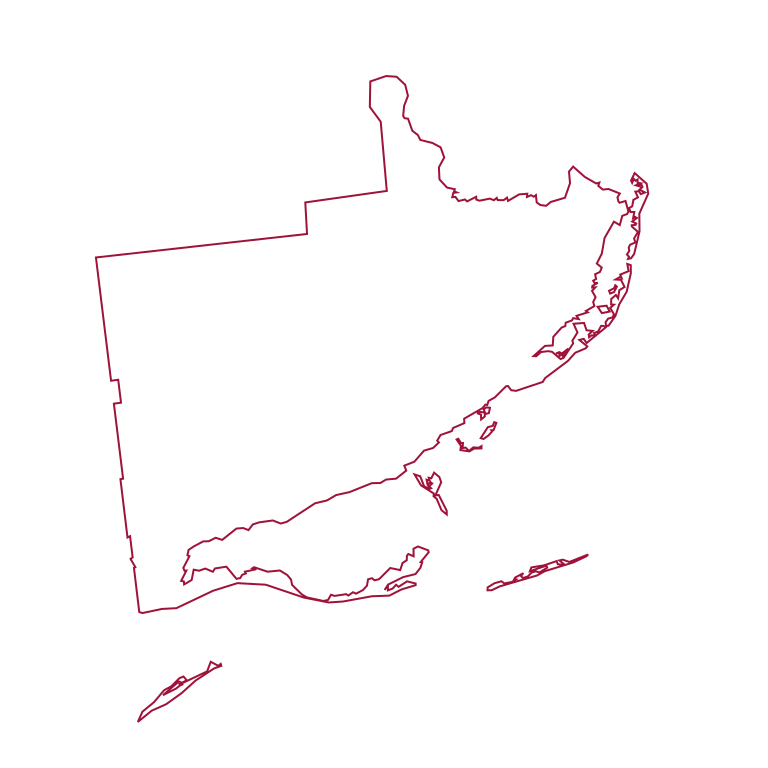 the district of Isla Mujeres, Quintana Roo, Mexico, rotated 83°
{"feature_id": "50627088B16692163202625", "entity_name": "Isla Mujeres", "entity_type": "district", "adm_level": 2, "iso_a3": "MEX", "parent_name": "Mexico", "parent_adm1": "Quintana Roo", "projection": "natural_earth1", "projection_center": [-86.89, 21.403], "detail": "fine", "context": "isolated", "style": "outline", "palette": "rose", "viewbox_px": 768, "rotation_deg": 83, "n_neighbors": 0, "source": "geoboundaries", "source_scale": "gbopen_adm2", "svg_char_len": 6170}
<svg xmlns="http://www.w3.org/2000/svg" viewBox="0 0 768 768"><g transform="rotate(83 384 384)"><path d="M580.5,654.7L581.9,651.7L580.2,631.7L581.2,617.4L568.4,578.9L563.8,553.8L568.8,525.8L586.2,489.6L594.1,465.5L594.9,451.2L593.2,421.9L594.7,404.5L590.1,391.9L587.5,377.1L585.9,376.9L582.7,385.2L587.1,394.2L584.7,396.5L588.1,400.4L589.3,405.3L584.7,404.7L588.5,408.5L583.6,404.4L578.0,388.5L576.5,375.9L570.9,370.3L565.7,367.8L565.2,369.3L556.4,360.1L554.5,360.4L549.4,370.1L551.1,374.8L558.6,375.6L555.7,380.6L557.3,382.2L561.7,382.9L563.9,387.4L570.7,390.6L567.4,400.2L577.1,412.6L577.7,417.3L575.3,419.6L575.9,423.6L582.1,425.5L586.0,430.1L588.7,437.3L586.9,440.1L589.6,445.2L588.0,447.2L588.3,458.8L586.7,462.3L591.5,465.8L592.0,470.5L586.4,486.6L582.7,491.3L572.2,499.7L566.8,500.1L561.8,503.3L556.4,510.1L556.1,522.5L550.0,535.3L550.8,537.0L552.3,533.3L553.3,544.9L555.2,544.2L556.1,548.0L559.1,550.4L559.4,554.2L546.1,562.7L546.5,574.3L549.5,576.7L545.4,583.9L546.8,590.3L545.1,595.5L555.1,598.8L558.6,606.8L555.6,606.7L554.7,609.3L545.1,602.9L545.1,604.7L542.1,605.6L531.2,598.1L530.1,600.0L524.9,598.2L522.0,592.5L518.2,582.7L518.7,577.0L516.1,569.8L519.0,563.6L509.5,548.1L509.8,541.3L512.5,536.3L507.4,531.3L506.1,524.6L505.9,511.0L509.9,503.5L509.0,497.4L494.0,467.0L492.6,454.7L488.4,445.1L487.1,431.5L480.9,408.0L481.9,399.8L479.1,393.6L479.4,383.5L472.7,372.5L467.5,373.8L464.8,363.3L455.0,352.4L453.5,343.1L448.7,336.6L446.7,338.1L441.5,334.1L439.0,322.5L436.1,320.8L432.6,309.0L428.2,308.7L419.9,289.1L416.8,285.8L417.4,284.1L413.5,282.2L410.8,275.6L401.1,263.1L401.1,261.2L405.7,258.5L406.9,253.7L401.3,226.2L397.7,223.3L383.4,198.5L376.3,190.4L373.2,179.6L371.5,177.6L364.1,184.7L363.5,180.3L368.0,177.9L354.8,157.0L353.1,158.9L352.8,161.4L358.0,165.1L359.0,169.3L361.6,168.5L361.0,172.1L362.6,174.7L359.8,174.8L356.7,170.4L355.4,176.4L347.8,178.0L347.3,188.5L356.4,185.7L364.1,191.8L366.6,191.2L380.0,202.6L380.7,205.8L372.5,213.3L371.4,217.2L371.4,224.3L375.0,229.5L374.5,232.1L365.8,219.6L366.3,211.8L357.8,210.2L349.6,200.8L348.6,197.0L345.3,196.2L343.8,189.7L341.7,188.2L343.3,182.8L339.8,184.6L337.7,173.0L336.1,174.7L332.3,165.7L328.1,166.4L323.6,163.4L316.9,166.2L313.8,162.4L313.6,165.6L312.0,165.2L309.6,159.4L309.6,162.6L307.0,163.8L305.6,160.7L300.8,161.1L299.1,156.0L295.0,153.7L290.4,158.1L281.1,151.9L266.0,147.3L250.9,136.0L255.0,130.6L246.1,127.0L244.9,121.9L242.5,120.4L231.8,122.0L232.8,128.1L231.4,129.1L227.1,129.5L223.7,126.7L217.8,137.4L217.7,143.1L213.4,147.2L210.3,145.7L210.8,149.0L203.0,159.4L191.3,169.8L195.7,174.5L207.4,174.9L221.2,181.7L223.6,196.2L226.9,201.4L225.4,207.0L222.4,210.3L215.0,210.2L216.4,212.4L214.5,215.0L215.8,219.3L212.6,218.6L212.3,226.8L217.4,238.6L214.0,239.2L216.1,242.8L215.3,248.8L213.0,249.4L215.0,252.5L212.9,256.3L213.7,266.9L212.2,269.9L209.4,269.7L212.9,279.3L210.7,281.1L211.5,287.7L207.0,290.3L206.9,293.5L202.8,291.9L202.7,288.5L201.3,290.9L199.3,290.0L196.7,297.5L187.7,304.0L175.6,303.1L166.5,296.6L156.0,299.0L150.7,306.5L146.2,318.2L141.1,320.0L136.1,325.0L123.6,327.8L122.7,331.2L120.2,332.3L110.3,330.1L100.9,325.1L89.6,326.5L80.6,334.0L78.6,344.3L82.0,360.7L107.3,364.3L123.3,355.3L192.7,357.7L194.2,440.0L225.7,442.1L223.3,654.5L347.5,654.5L347.4,647.3L370.5,647.3L370.6,654.5L446.2,654.5L446.3,657.2L505.1,657.3L504.1,654.6L525.4,654.6L526.7,656.9L535.5,653.1L536.0,654.6L580.5,654.7ZM643.9,579.8L641.9,580.2L643.6,582.7L638.6,589.8L647.7,594.6L656.9,622.3L657.8,621.2L658.2,622.8L656.8,623.2L656.9,623.6L658.2,622.9L661.0,627.6L665.9,641.3L654.3,623.9L655.9,620.9L654.0,615.9L649.9,618.7L651.1,623.0L658.1,631.9L661.1,639.5L671.8,651.1L679.8,663.7L689.4,669.5L679.9,654.3L675.3,639.3L666.2,622.6L655.4,607.2L645.6,587.3L643.9,579.8ZM212.2,114.0L214.6,113.2L210.9,111.1L212.9,109.6L211.9,107.4L215.2,107.8L216.0,105.0L217.5,109.8L219.0,106.2L217.6,107.0L217.5,104.2L219.9,103.4L222.3,106.7L225.7,101.6L226.8,106.0L223.7,107.6L223.7,111.1L229.7,109.2L231.6,114.0L237.9,116.0L239.2,119.3L243.3,118.4L243.8,114.6L249.7,116.5L248.7,114.5L250.0,112.8L253.0,117.8L255.5,114.1L256.7,114.9L256.6,118.8L257.9,118.8L264.0,113.4L270.1,118.1L274.1,117.2L275.8,122.8L278.4,124.5L281.8,124.3L285.0,127.1L287.6,125.3L289.6,126.5L289.3,123.4L285.3,119.8L263.7,111.8L246.0,109.8L227.2,98.5L217.2,98.9L205.2,109.5L212.2,114.0ZM304.1,125.5L296.1,124.6L294.5,127.9L301.8,127.5L304.2,136.2L307.7,135.3L306.6,136.9L308.5,141.4L309.5,136.1L317.0,133.4L319.6,139.0L327.4,141.2L323.9,143.0L327.3,148.1L332.7,148.9L333.3,146.1L336.0,150.2L342.8,147.3L345.8,149.0L346.4,153.5L349.7,156.6L353.5,156.4L353.5,154.0L344.6,146.0L333.6,140.8L322.0,131.9L304.1,125.5ZM589.4,247.3L584.2,218.0L579.7,204.2L578.1,202.1L583.2,221.7L580.1,228.1L580.5,231.4L584.1,227.9L584.9,229.9L584.1,233.5L580.8,234.2L583.5,247.2L584.0,260.1L587.6,262.0L584.1,245.0L586.2,244.4L590.0,252.7L588.4,256.1L589.1,260.4L592.6,264.8L593.5,269.8L591.2,271.5L588.8,268.7L592.0,277.3L593.4,278.4L594.0,276.7L596.1,281.5L596.6,288.9L594.1,291.5L595.2,298.6L598.5,305.9L601.4,306.4L601.8,302.1L599.0,293.9L592.7,255.4L589.4,247.3ZM521.1,337.6L517.4,337.2L500.8,343.2L500.9,346.6L488.5,339.2L483.1,340.4L478.1,345.1L483.3,348.5L482.5,351.0L485.6,350.4L484.2,353.4L488.4,353.1L487.4,349.5L488.6,348.3L490.5,350.9L489.3,353.2L493.2,350.0L493.5,351.3L490.6,356.6L480.0,359.3L477.5,364.7L489.1,359.6L498.8,347.9L501.5,348.5L504.4,345.7L516.3,342.3L521.1,337.6ZM443.1,280.9L436.3,277.2L435.3,279.2L438.8,281.2L439.5,286.2L449.5,294.6L450.7,291.9L447.9,286.7L444.2,282.4L443.0,283.1L443.1,280.9ZM459.8,295.1L457.5,294.8L458.8,297.9L457.8,303.1L460.8,307.8L457.1,310.7L457.1,313.8L452.2,312.8L452.0,314.7L447.4,317.0L447.9,318.7L454.7,315.2L458.9,316.2L461.3,307.4L459.1,302.5L459.8,295.1ZM339.6,151.2L333.4,153.5L333.4,162.5L340.2,159.1L339.6,151.2ZM420.5,281.7L419.7,285.3L421.3,288.1L424.5,287.3L423.1,293.9L424.7,294.5L426.1,291.5L431.0,291.9L428.5,287.9L426.2,287.7L425.7,283.5L420.5,281.7ZM320.8,144.5L315.7,141.0L314.2,142.4L317.0,143.9L318.9,149.3L321.8,148.5L320.8,144.5ZM377.8,203.1L371.3,196.7L375.4,203.7L373.7,206.1L374.7,209.6L374.4,206.2L377.6,206.5L376.3,203.5L377.8,203.1Z" fill="none" stroke="#9f1239" stroke-width="2"/></g></svg>